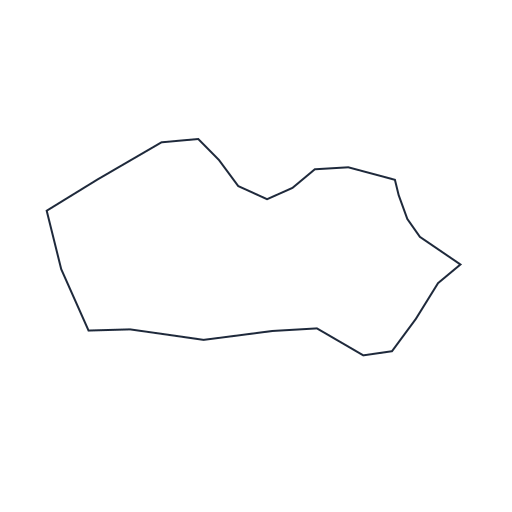 SVG path tracing the border of Bushenyi, rotated 156°
{"feature_id": "UGA-3366", "entity_name": "Bushenyi", "entity_type": "District", "adm_level": 1, "iso_a3": "UGA", "parent_name": "Uganda", "parent_adm1": "", "projection": "robinson", "projection_center": [30.086, -0.492], "detail": "fine", "context": "isolated", "style": "outline", "palette": "slate", "viewbox_px": 512, "rotation_deg": 156, "n_neighbors": 0, "source": "natural_earth", "source_scale": "10m", "svg_char_len": 474}
<svg xmlns="http://www.w3.org/2000/svg" viewBox="0 0 512 512"><g transform="rotate(156 256 256)"><path d="M98.1,269.1L100.9,253.7L102.7,228.3L98.5,206.8L72.7,165.1L100.7,157.2L135.6,133.5L170.5,113.7L198.4,121.6L229.8,165.1L271.7,180.9L338.0,200.7L400.9,240.2L439.3,256.0L439.3,323.2L428.8,382.5L369.4,390.4L296.1,398.3L261.2,386.4L250.8,358.8L243.8,327.1L222.8,303.4L194.9,303.4L167.0,311.3L135.6,299.5L98.1,269.1Z" fill="none" stroke="#1e293b" stroke-width="2"/></g></svg>